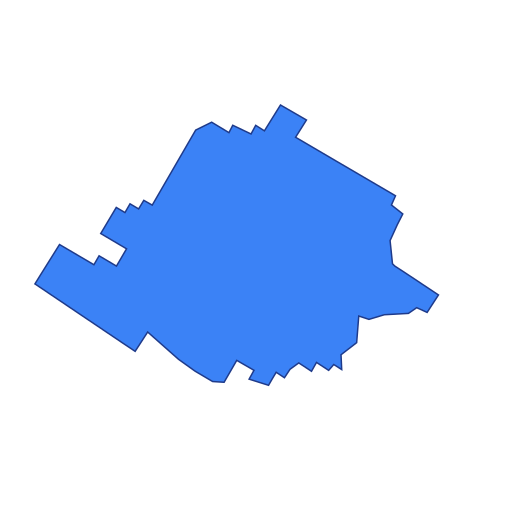 the district of Calhoun, Alabama, United States of America, rotated 210°
{"feature_id": "52423323B11453074056273", "entity_name": "Calhoun", "entity_type": "district", "adm_level": 2, "iso_a3": "USA", "parent_name": "United States of America", "parent_adm1": "Alabama", "projection": "orthographic", "projection_center": [-85.86, 33.762], "detail": "fine", "context": "isolated", "style": "filled", "palette": "blue", "viewbox_px": 512, "rotation_deg": 210, "n_neighbors": 0, "source": "geoboundaries", "source_scale": "gbopen_adm2", "svg_char_len": 935}
<svg xmlns="http://www.w3.org/2000/svg" viewBox="0 0 512 512"><g transform="rotate(210 256 256)"><path d="M125.0,200.5L133.0,213.0L125.5,231.3L137.0,255.4L126.5,257.6L115.5,269.3L95.3,282.5L91.0,291.6L79.6,292.7L78.5,313.5L116.5,315.9L130.8,316.7L133.9,317.5L147.6,336.4L149.3,354.0L149.9,365.8L164.2,367.9L165.3,377.9L234.3,378.3L281.1,378.6L280.3,399.0L310.3,399.0L311.3,368.6L321.6,369.0L321.3,359.2L341.5,357.6L341.1,349.3L361.3,349.7L371.2,334.9L371.3,248.2L381.0,248.1L381.2,238.1L391.2,238.2L391.2,228.1L401.3,228.2L401.7,197.8L371.7,197.5L371.8,177.5L392.0,177.7L392.0,167.4L431.9,167.7L433.2,131.4L433.5,121.3L328.4,114.0L313.0,113.0L311.8,136.0L271.5,127.8L251.2,125.8L230.8,125.6L220.5,130.7L220.5,156.0L200.6,156.0L200.4,145.9L180.5,150.3L180.5,158.1L180.4,165.4L170.5,164.8L169.9,174.9L165.5,184.8L150.3,183.9L150.4,194.1L135.9,193.3L134.4,200.9L125.0,200.5Z" fill="#3b82f6" stroke="#1e3a8a" stroke-width="1.5"/></g></svg>